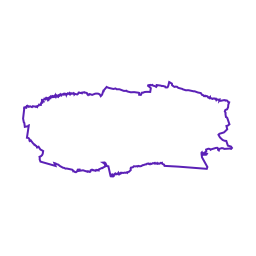 outline of UDA, Arges, Romania, rotated 99°
{"feature_id": "2599482B33003940641669", "entity_name": "UDA", "entity_type": "district", "adm_level": 2, "iso_a3": "ROU", "parent_name": "Romania", "parent_adm1": "Arges", "projection": "orthographic", "projection_center": [24.571, 44.88], "detail": "fine", "context": "isolated", "style": "outline", "palette": "violet", "viewbox_px": 256, "rotation_deg": 99, "n_neighbors": 0, "source": "geoboundaries", "source_scale": "gbopen_adm2", "svg_char_len": 5886}
<svg xmlns="http://www.w3.org/2000/svg" viewBox="0 0 256 256"><g transform="rotate(99 128 128)"><path d="M111.1,212.7L112.0,213.3L111.5,213.5L111.0,213.1L110.9,213.5L111.9,214.1L112.0,214.6L112.6,214.2L113.2,216.1L113.9,216.8L114.4,216.5L114.1,217.3L114.7,217.2L115.2,216.0L115.5,216.5L115.9,216.5L115.9,217.0L116.3,217.0L116.2,217.3L116.4,217.6L117.1,217.5L118.0,217.9L118.8,217.6L118.9,217.8L118.6,218.3L119.0,219.2L118.9,219.5L119.9,219.8L120.6,221.2L121.4,221.1L121.2,221.7L121.6,222.2L121.2,222.8L121.5,224.6L121.3,225.3L122.4,226.1L121.9,227.8L122.1,228.9L122.4,228.9L122.6,229.5L122.1,229.7L122.0,230.4L121.7,230.8L122.0,231.4L123.8,231.6L123.5,232.5L124.3,233.0L123.8,233.4L123.9,233.7L124.7,233.8L125.4,233.5L135.1,233.1L138.7,231.8L139.2,231.2L143.0,230.1L141.8,226.8L141.1,226.6L141.0,226.4L153.4,226.3L153.4,225.3L153.6,224.5L154.2,223.8L156.0,223.3L156.3,222.9L155.4,222.1L158.1,219.3L159.0,217.8L159.3,217.7L159.2,217.3L159.9,216.5L160.0,215.9L160.9,214.9L161.5,214.8L161.5,214.6L160.5,213.4L162.9,211.2L164.0,208.2L166.8,208.2L168.2,208.6L169.4,209.5L170.3,210.9L171.3,210.5L172.9,210.3L174.9,209.2L176.8,193.7L174.2,195.2L174.4,193.8L174.8,193.1L175.1,191.1L176.2,189.3L177.4,186.0L177.4,184.8L177.9,183.4L177.6,182.2L177.9,176.6L178.5,175.7L179.4,175.3L179.2,174.5L179.8,173.4L179.8,172.5L178.9,171.6L177.0,171.1L176.6,169.2L177.4,168.8L177.8,169.0L176.8,165.8L177.5,161.5L177.1,161.6L177.0,161.0L177.2,160.7L177.0,160.4L177.4,158.8L176.7,158.2L175.7,158.3L175.0,157.6L174.8,156.8L175.1,156.4L174.9,156.2L175.1,155.1L175.3,154.9L175.1,153.9L175.3,153.6L174.4,152.9L174.8,152.1L174.4,151.9L174.2,151.4L174.1,150.9L174.4,150.3L173.4,150.2L171.7,147.7L171.6,146.9L171.1,146.6L169.6,144.6L168.8,144.6L167.2,145.4L166.6,146.1L166.1,147.3L165.7,145.7L166.3,144.7L168.9,143.0L168.9,141.4L178.2,137.7L178.4,137.5L178.2,136.8L178.4,136.1L178.1,135.7L177.2,136.2L177.8,135.0L177.4,134.9L176.6,135.2L176.8,134.6L176.3,134.7L176.3,134.3L175.5,133.2L175.0,133.5L174.8,133.2L175.4,132.6L175.2,132.4L175.4,131.9L174.7,130.9L174.0,130.6L175.3,130.0L175.3,129.5L175.0,129.3L174.4,129.6L173.4,128.2L174.0,127.9L173.3,127.0L173.1,126.2L173.1,125.4L172.6,124.4L172.6,123.2L172.0,122.3L172.4,121.7L171.5,121.2L171.1,120.2L169.1,118.7L167.5,119.1L166.7,118.9L166.0,117.0L164.9,116.3L164.7,114.3L164.2,112.9L164.5,112.4L163.8,111.6L164.0,110.2L163.4,108.7L162.5,107.9L162.3,107.1L161.2,105.1L161.2,104.5L160.3,103.6L159.9,102.3L160.2,102.1L160.4,100.7L159.7,100.4L159.8,99.1L158.8,97.9L158.9,96.7L158.3,96.3L158.2,96.0L158.9,95.5L158.6,95.0L158.7,94.1L158.2,93.8L158.8,93.3L158.8,93.0L158.2,92.7L158.3,91.2L157.3,90.2L157.4,89.7L157.1,89.0L157.8,88.8L158.2,88.0L158.5,86.7L159.7,86.0L158.3,72.4L156.0,43.8L154.1,43.5L145.4,50.3L142.2,51.3L140.9,51.5L140.5,51.2L143.0,50.0L142.5,49.2L142.4,47.6L142.0,46.4L141.2,46.1L141.4,48.1L141.1,48.7L141.1,49.3L140.9,49.3L139.0,47.0L137.1,47.5L135.9,45.4L135.9,44.0L136.6,43.0L136.1,42.6L133.9,38.0L133.6,36.5L134.4,35.8L135.4,35.7L135.9,34.8L134.4,34.6L133.2,32.2L133.2,30.6L133.6,29.7L132.4,24.5L132.5,22.9L131.4,22.2L130.2,23.4L129.8,26.6L125.4,28.9L125.5,30.6L125.0,32.7L122.9,35.7L120.5,37.6L119.4,36.8L117.4,32.6L116.3,31.7L113.7,29.8L110.6,31.1L110.0,29.8L108.5,28.4L102.6,31.5L101.9,32.4L101.8,33.0L98.7,34.0L97.9,33.9L96.4,35.0L94.9,34.6L94.0,33.0L91.7,32.4L89.4,32.6L86.8,32.1L86.5,33.4L85.7,34.0L85.4,34.6L85.4,35.9L85.7,36.2L85.4,36.7L85.4,37.4L86.7,40.8L86.4,41.8L86.7,42.0L85.5,42.0L86.0,43.3L85.8,44.3L86.2,44.7L85.6,45.4L86.1,45.5L85.5,45.9L85.7,46.4L85.3,47.4L85.6,48.8L86.0,48.9L86.1,49.2L85.5,50.8L85.8,51.5L84.6,51.8L85.6,52.6L85.5,53.0L85.0,52.8L85.1,53.8L84.3,54.5L84.1,56.4L84.5,56.4L84.6,56.8L84.2,57.2L84.6,58.0L83.8,58.9L83.8,59.9L82.1,61.6L82.0,64.5L81.3,68.0L81.5,68.7L81.2,74.3L81.7,76.7L81.2,80.0L80.9,80.5L80.5,84.6L79.6,86.1L79.7,87.6L80.1,88.3L80.1,88.7L78.9,91.1L77.3,91.6L76.2,94.5L79.9,94.8L81.6,95.3L81.9,95.9L82.0,97.3L81.3,97.7L81.0,100.2L81.3,101.0L81.0,102.3L81.1,106.3L82.0,106.1L83.0,106.6L82.5,107.7L82.2,110.0L81.6,110.7L82.2,111.8L81.9,112.6L82.6,114.7L83.2,114.8L84.7,112.1L85.2,111.7L88.9,111.7L89.4,115.5L90.0,117.6L90.6,118.2L90.9,119.7L93.3,120.5L93.4,122.2L91.6,122.4L91.5,123.0L91.6,127.5L92.3,130.8L92.0,134.5L91.4,135.3L91.8,136.5L92.0,138.0L91.1,142.4L91.5,145.3L90.9,146.5L91.7,148.4L91.7,149.1L91.4,153.1L91.0,155.1L90.8,155.5L94.4,157.7L95.3,157.8L95.2,158.2L99.1,158.8L100.8,159.9L99.3,161.1L98.8,162.5L98.8,163.7L99.2,165.7L100.9,168.6L100.5,170.9L100.9,171.2L100.6,171.5L100.9,172.1L101.7,172.6L101.2,173.3L99.9,174.1L99.7,175.5L99.9,176.2L99.5,176.7L99.8,177.3L99.8,177.9L100.3,178.4L100.3,178.9L100.9,179.0L100.7,179.7L100.9,180.7L100.6,181.4L100.7,182.3L102.0,182.7L102.8,183.4L102.6,185.8L103.2,186.2L102.6,186.4L102.0,187.1L102.4,187.5L102.8,187.2L102.9,188.3L103.3,188.4L102.5,188.6L102.5,188.9L102.6,189.3L103.0,189.3L103.5,189.9L103.6,190.6L102.7,190.7L102.4,191.1L103.0,191.5L103.1,192.1L103.6,191.8L103.2,192.9L104.1,193.4L103.9,193.7L104.0,194.1L104.9,194.2L104.4,194.5L104.0,195.2L104.1,195.5L104.0,195.9L104.3,196.2L104.9,196.0L105.1,196.6L104.4,197.0L104.8,197.5L105.0,198.2L106.3,198.8L106.0,199.4L106.1,199.6L105.8,199.7L106.0,200.0L105.4,200.3L106.1,200.9L106.4,200.5L106.7,200.7L106.2,201.2L106.3,201.5L106.8,201.4L106.9,201.8L107.3,201.4L107.5,201.8L108.2,201.9L108.1,202.2L107.8,202.2L107.7,202.6L107.3,202.7L107.9,203.3L107.4,203.7L108.0,203.9L107.5,204.1L107.7,204.7L107.2,204.9L107.9,205.1L107.5,205.5L107.9,205.9L108.8,205.6L108.9,206.3L108.6,206.5L108.8,206.9L108.3,206.8L108.2,207.6L108.8,207.7L108.6,208.0L108.8,208.2L109.3,207.7L109.4,208.3L109.0,208.9L109.5,209.0L109.0,209.4L109.7,210.0L110.1,209.6L110.3,209.9L110.0,210.2L110.2,210.5L110.8,209.6L111.1,209.8L111.0,210.7L111.4,210.6L111.5,211.3L112.0,210.7L112.4,210.8L112.1,211.1L112.5,211.4L112.0,211.5L112.2,211.8L111.9,212.1L111.2,211.8L111.1,212.7Z" fill="none" stroke="#5b21b6" stroke-width="2"/></g></svg>